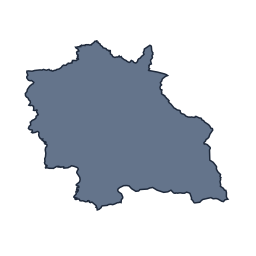 the district of Aileu Vila, Aileu, East Timor, rotated 95°
{"feature_id": "22284137B9751791093782", "entity_name": "Aileu Vila", "entity_type": "district", "adm_level": 2, "iso_a3": "TLS", "parent_name": "East Timor", "parent_adm1": "Aileu", "projection": "robinson", "projection_center": [125.556, -8.74], "detail": "fine", "context": "isolated", "style": "filled", "palette": "slate", "viewbox_px": 256, "rotation_deg": 95, "n_neighbors": 0, "source": "geoboundaries", "source_scale": "gbopen_adm2", "svg_char_len": 5817}
<svg xmlns="http://www.w3.org/2000/svg" viewBox="0 0 256 256"><g transform="rotate(95 128 128)"><path d="M188.6,72.9L188.0,70.4L188.2,68.0L188.0,66.0L186.8,64.0L187.2,61.9L187.7,60.6L192.1,58.6L193.4,58.7L194.5,57.3L196.6,55.7L196.8,55.0L195.7,50.0L193.9,48.6L192.7,47.3L190.1,39.3L191.1,37.0L190.6,34.2L190.8,32.5L192.8,28.2L193.0,26.5L191.0,25.0L190.2,22.3L189.2,23.3L187.8,24.0L183.8,24.3L181.6,25.1L181.5,26.5L179.8,27.7L178.0,30.9L176.6,30.7L173.3,31.7L171.3,31.2L170.5,31.6L169.3,31.1L168.7,31.9L168.2,32.1L166.2,31.8L164.3,34.2L163.1,35.2L161.1,36.4L158.9,36.4L158.1,37.0L154.8,40.1L152.9,43.7L142.6,44.9L141.2,44.3L140.2,44.5L137.7,47.5L137.1,49.4L137.3,50.6L136.3,51.1L135.6,50.8L134.3,49.7L132.6,49.2L131.7,47.9L130.3,46.7L126.9,45.8L122.7,43.4L121.2,43.9L121.0,45.4L119.1,46.6L117.7,48.0L115.4,52.2L114.1,53.3L113.3,55.3L112.1,55.7L111.8,56.2L111.8,57.8L110.5,61.3L110.7,62.0L111.5,62.2L111.7,63.0L111.5,66.0L111.9,67.2L111.7,68.1L111.9,68.9L111.0,71.6L110.2,72.3L109.4,73.6L109.1,75.6L108.2,77.0L106.2,77.6L105.9,78.5L105.7,80.6L104.4,82.8L104.2,83.7L100.4,87.4L99.4,89.0L98.2,90.0L97.7,90.0L97.3,89.5L95.7,91.1L95.3,92.2L94.8,92.3L93.3,94.0L92.6,94.2L92.4,94.6L92.5,95.2L91.7,96.0L91.7,96.6L90.8,97.6L90.0,97.4L89.1,97.8L87.2,97.5L86.9,97.7L87.1,98.6L86.8,99.0L84.9,99.7L83.4,99.4L82.2,98.3L81.8,98.4L81.2,99.3L79.8,99.7L78.5,98.6L76.2,98.1L75.4,97.4L73.2,95.0L72.3,93.1L71.5,94.4L70.9,96.5L69.7,103.7L68.9,112.3L68.6,112.6L67.1,111.6L66.3,112.4L65.6,112.6L64.3,112.3L64.1,112.6L62.6,111.8L62.6,111.0L62.1,110.3L59.4,111.3L58.3,111.4L56.1,109.9L55.5,109.8L54.2,110.4L53.1,110.2L52.6,109.6L51.8,109.9L51.0,109.7L50.6,110.2L48.9,111.1L44.9,111.8L44.1,112.3L43.7,113.4L47.9,118.6L49.8,118.7L51.5,119.4L53.1,118.5L54.2,119.3L55.5,120.8L57.1,121.7L58.2,123.4L59.3,124.1L60.7,124.3L62.1,125.2L62.6,126.1L62.2,127.9L61.1,128.8L60.4,130.6L62.2,131.8L62.5,132.1L62.5,133.0L61.4,135.3L61.0,135.6L60.1,138.1L59.4,139.0L58.9,140.0L57.4,141.0L58.0,142.1L57.9,142.6L57.0,143.1L58.2,144.3L58.3,145.9L58.9,147.2L58.2,149.4L56.5,150.5L55.7,152.0L52.4,152.4L52.3,152.8L53.0,153.6L52.4,154.1L51.9,156.0L50.8,156.8L50.3,159.8L49.9,160.2L49.2,160.5L47.9,162.7L46.8,163.1L45.8,165.0L45.0,165.3L45.0,166.4L44.7,166.7L43.9,166.6L43.9,166.9L44.3,167.5L44.5,168.6L45.8,169.4L47.6,171.5L48.2,171.6L48.5,172.1L48.4,172.7L48.7,173.4L48.4,175.0L48.6,175.6L48.6,176.7L48.9,177.9L49.6,178.0L49.5,179.7L49.8,180.4L49.5,181.6L50.1,182.0L50.3,182.6L51.0,182.2L51.7,185.8L52.1,186.5L52.1,187.3L52.5,187.1L53.2,186.1L53.4,185.1L54.0,184.5L54.5,184.5L55.5,183.7L56.3,185.3L57.0,185.8L58.8,185.4L59.7,184.0L60.8,184.6L61.2,184.0L63.1,184.9L63.0,184.4L62.6,183.9L63.7,183.3L64.0,183.6L63.9,184.4L65.0,184.9L65.4,185.5L65.4,188.2L65.6,189.2L66.6,189.1L67.0,189.6L68.0,189.5L68.2,190.5L68.7,191.5L68.6,193.2L69.4,193.6L69.7,194.4L70.8,195.1L71.1,196.4L70.9,197.5L71.2,198.0L72.3,199.1L73.5,199.7L75.2,201.8L76.0,204.3L76.8,205.0L77.0,206.5L77.5,207.1L77.9,208.5L77.2,209.4L77.5,210.4L77.3,211.0L76.5,211.8L77.6,214.4L77.0,217.3L77.8,218.8L77.8,220.7L78.8,225.9L79.8,228.5L79.8,232.0L80.1,233.6L81.3,233.7L84.1,232.4L85.8,233.3L86.9,233.2L89.0,231.4L89.5,229.6L89.1,228.6L89.3,228.0L90.7,225.8L92.2,226.4L92.7,227.4L94.9,229.6L97.8,231.3L98.8,231.7L100.5,231.8L102.6,233.3L104.8,232.9L106.1,231.7L106.5,230.7L107.5,229.7L108.4,229.5L109.6,227.9L111.1,227.4L112.8,228.0L113.2,228.5L113.9,228.8L114.2,227.3L113.8,225.7L114.7,224.0L116.8,223.6L118.6,223.7L118.7,222.4L118.4,221.2L118.0,220.5L118.2,220.1L119.0,220.5L120.1,220.4L120.9,219.6L121.9,219.4L122.2,218.7L122.8,218.7L124.3,220.6L125.9,220.5L126.8,221.2L127.8,222.3L128.6,223.9L129.4,224.7L130.1,225.0L130.7,225.9L132.6,225.3L133.7,225.3L134.9,226.6L137.0,227.2L137.9,226.3L138.2,225.8L138.3,223.4L139.5,222.9L140.7,223.7L141.2,222.6L140.4,219.8L139.4,218.2L139.4,217.5L139.8,216.8L140.7,216.2L142.5,216.4L144.0,215.9L145.6,214.9L146.4,214.0L146.5,212.0L147.5,212.6L148.1,211.4L148.8,211.0L148.8,209.6L149.3,208.5L149.6,208.7L150.1,209.5L150.0,209.9L150.3,209.9L150.7,209.0L151.3,209.0L151.2,208.1L151.6,207.4L152.3,207.2L153.8,207.4L154.0,207.9L155.3,208.5L156.3,208.3L156.9,208.6L160.3,207.7L163.9,207.7L165.9,208.3L168.6,207.8L169.6,208.2L171.0,207.7L172.0,206.7L172.3,205.6L172.8,205.3L173.1,205.6L173.1,206.4L173.9,206.3L174.4,206.8L175.0,206.6L174.7,205.2L175.0,203.0L174.7,198.6L173.9,197.8L173.2,196.5L172.7,196.2L172.4,194.8L173.0,194.3L172.2,193.6L172.3,193.3L172.9,193.0L172.7,192.6L173.0,191.9L172.7,191.6L172.8,190.8L172.5,190.4L172.6,189.7L172.3,189.0L172.5,188.5L173.4,188.6L173.6,188.4L172.8,184.2L172.3,183.7L171.6,182.2L170.5,181.0L170.9,178.3L171.6,175.8L172.0,174.8L172.7,174.2L173.4,173.9L174.6,174.6L176.4,175.2L177.1,175.1L181.3,171.8L183.4,171.2L185.3,171.4L186.3,171.9L188.9,174.6L189.4,174.6L189.9,174.0L190.2,172.1L191.0,171.8L191.6,171.9L191.7,173.4L192.1,173.7L193.2,173.6L193.9,173.8L194.1,173.3L193.8,172.3L194.7,172.1L195.8,172.7L195.4,172.9L195.3,173.3L195.6,174.2L196.2,174.3L198.2,173.8L200.9,175.9L201.6,175.9L202.2,173.4L202.9,174.7L203.5,174.5L203.8,173.6L203.3,172.5L203.1,170.7L203.4,170.2L204.6,169.5L204.7,168.3L204.4,166.6L205.2,163.8L204.7,161.8L204.0,161.8L203.8,161.0L204.3,160.0L205.0,160.1L205.3,159.9L205.6,158.9L205.0,157.6L205.1,157.2L208.0,153.1L208.8,152.6L209.7,153.1L210.2,152.0L212.3,151.5L211.5,149.7L209.6,147.8L208.6,147.6L207.8,146.9L206.9,141.9L206.0,140.8L205.5,138.6L205.7,136.5L204.6,134.2L203.4,132.2L203.1,130.4L202.6,129.9L202.9,128.4L200.1,128.4L198.3,127.2L197.3,127.2L194.2,128.8L192.4,131.9L191.5,132.6L190.7,132.9L189.7,132.6L188.2,131.3L185.8,127.3L185.4,124.2L185.6,121.9L188.1,119.2L190.4,114.7L189.8,111.9L188.3,110.8L187.1,103.3L185.9,101.2L185.1,98.2L187.4,93.6L189.0,86.8L188.1,82.7L186.2,79.8L188.7,76.9L188.9,75.7L188.8,75.0L188.5,74.6L188.6,72.9Z" fill="#64748b" stroke="#1e293b" stroke-width="1.5"/></g></svg>